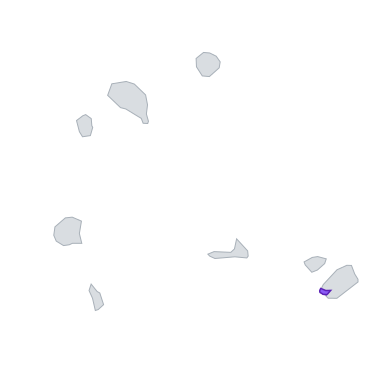 Paul highlighted on a map of Cabo Verde, rotated 168°
{"feature_id": "CPV-5062", "entity_name": "Paul", "entity_type": "state/province", "adm_level": 1, "iso_a3": "CPV", "parent_name": "Cabo Verde", "parent_adm1": "", "projection": "orthographic", "projection_center": [-25.008, 17.112], "detail": "fine", "context": "in_parent", "style": "filled", "palette": "violet", "viewbox_px": 384, "rotation_deg": 168, "n_neighbors": 0, "source": "natural_earth", "source_scale": "10m", "svg_char_len": 1406}
<svg xmlns="http://www.w3.org/2000/svg" viewBox="0 0 384 384"><g transform="rotate(168 192 192)"><path d="M254.4,304.1L247.9,314.5L233.4,313.8L226.0,309.6L217.2,296.6L217.4,286.5L220.4,277.8L219.9,270.2L221.1,268.2L225.5,269.4L226.3,274.5L239.5,287.0L244.4,289.4L254.4,304.1ZM66.3,85.8L55.8,88.1L51.3,87.0L49.9,78.0L47.8,72.1L48.3,69.5L72.4,57.9L80.9,59.8L86.9,69.1L82.8,74.2L66.3,85.8ZM310.5,164.7L319.6,166.7L323.0,165.9L328.8,166.3L335.0,172.2L336.2,178.4L333.3,186.4L321.3,193.0L314.4,192.3L306.2,186.5L310.8,174.8L310.5,164.7ZM160.2,321.8L151.7,326.1L145.8,324.3L140.1,319.8L137.4,313.4L139.6,307.8L151.0,301.3L157.8,303.4L161.6,313.5L160.2,321.8ZM183.4,122.2L187.9,125.5L189.4,127.9L182.8,129.1L166.6,124.9L162.3,127.5L158.1,136.9L149.8,122.8L150.4,117.6L152.1,116.1L163.6,119.7L183.4,122.2ZM282.9,289.3L279.9,289.8L275.3,284.7L276.2,277.7L275.7,275.8L279.7,268.3L287.6,268.8L289.6,274.4L290.1,285.9L282.9,289.3ZM96.9,100.3L88.0,103.0L82.5,102.7L74.6,98.7L77.1,94.4L85.6,89.6L91.5,88.6L96.4,97.1L96.9,100.3ZM313.2,117.0L309.8,122.9L305.5,114.4L303.2,112.4L301.9,100.2L308.2,96.5L311.2,96.2L311.4,108.8L313.2,117.0Z" fill="#d9dde1" stroke="#a8b0b8" stroke-width="1"/><path d="M81.9,63.4L82.4,63.9L85.0,64.6L85.6,65.0L85.9,65.6L87.4,66.8L87.8,67.6L87.6,68.9L86.9,70.0L86.1,70.9L84.6,69.9L81.6,67.8L76.8,66.9L78.8,65.4L80.5,64.1L81.9,63.4Z" fill="#8b5cf6" stroke="#5b21b6" stroke-width="1.5"/></g></svg>